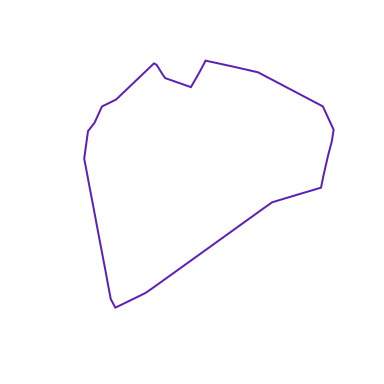 Santa María Nativitas, Oaxaca, Mexico, rotated 291°
{"feature_id": "50627088B15578912819987", "entity_name": "Santa María Nativitas", "entity_type": "district", "adm_level": 2, "iso_a3": "MEX", "parent_name": "Mexico", "parent_adm1": "Oaxaca", "projection": "albers", "projection_center": [-97.338, 17.644], "detail": "fine", "context": "isolated", "style": "outline", "palette": "violet", "viewbox_px": 384, "rotation_deg": 291, "n_neighbors": 0, "source": "geoboundaries", "source_scale": "gbopen_adm2", "svg_char_len": 641}
<svg xmlns="http://www.w3.org/2000/svg" viewBox="0 0 384 384"><g transform="rotate(291 192 192)"><path d="M56.6,161.8L56.8,162.1L62.0,167.0L81.1,184.8L90.1,190.9L157.2,235.0L186.3,254.1L200.2,263.2L211.0,270.4L215.7,276.4L229.4,294.1L242.3,310.9L254.8,308.8L275.2,305.9L289.2,304.4L300.9,301.9L318.8,283.5L327.4,210.8L323.7,184.8L319.5,157.6L306.8,156.1L289.5,153.4L288.7,126.2L291.6,121.9L298.1,113.3L298.4,110.4L251.1,88.0L239.6,77.3L221.7,76.2L211.6,73.1L184.5,79.4L171.8,87.3L164.1,92.0L140.4,106.7L127.1,114.9L113.0,123.6L88.7,138.7L76.7,146.0L62.8,154.6L61.5,156.2L56.6,161.8Z" fill="none" stroke="#5b21b6" stroke-width="2"/></g></svg>